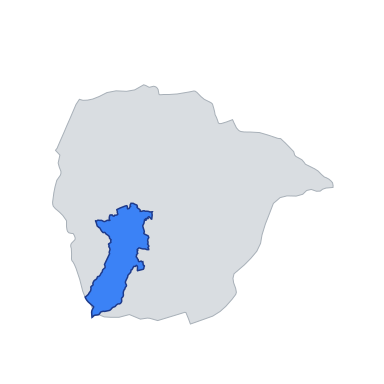 Mashonaland East on a map of Zimbabwe (orthographic projection), rotated 161°
{"feature_id": "ZWE-528", "entity_name": "Mashonaland East", "entity_type": "Province", "adm_level": 1, "iso_a3": "ZWE", "parent_name": "Zimbabwe", "parent_adm1": "", "projection": "orthographic", "projection_center": [31.478, -17.977], "detail": "fine", "context": "in_parent", "style": "filled", "palette": "blue", "viewbox_px": 384, "rotation_deg": 161, "n_neighbors": 0, "source": "natural_earth", "source_scale": "10m", "svg_char_len": 7981}
<svg xmlns="http://www.w3.org/2000/svg" viewBox="0 0 384 384"><g transform="rotate(161 192 192)"><path d="M268.3,316.3L265.3,314.2L261.0,312.9L255.7,312.2L248.7,312.5L240.1,313.7L230.9,312.4L221.1,308.5L212.9,307.2L203.2,309.0L202.8,309.1L201.1,307.8L198.4,304.9L193.9,304.5L192.7,303.8L191.7,302.8L191.0,301.4L190.7,299.9L191.4,295.2L191.0,294.6L189.8,294.1L187.3,293.5L181.4,291.5L174.0,289.5L162.0,287.5L157.3,286.9L156.2,286.3L154.9,284.5L152.4,279.2L150.2,275.6L144.9,270.2L144.0,268.5L144.2,264.1L144.5,260.5L145.0,257.5L144.6,254.7L144.5,251.2L144.6,248.8L143.9,247.8L142.0,247.2L136.6,247.0L130.1,247.2L129.8,243.7L129.1,238.2L127.8,235.0L126.3,233.4L123.2,231.8L117.1,229.6L108.8,226.2L101.6,221.1L93.3,214.7L90.8,213.6L87.6,207.5L82.7,197.1L82.9,193.5L82.2,191.8L77.6,186.7L76.5,184.0L75.7,181.3L68.4,173.9L65.9,170.7L63.9,166.4L62.0,163.1L60.4,161.8L58.3,159.5L56.8,156.9L56.1,154.9L56.5,152.2L57.2,150.4L64.0,152.1L67.6,152.1L70.5,151.1L74.1,152.2L78.4,155.6L83.1,156.1L88.0,153.8L94.8,154.2L103.4,157.4L110.5,158.0L118.8,154.7L126.1,146.0L133.0,137.9L139.8,128.6L143.9,121.1L150.0,114.9L158.0,110.1L166.3,106.0L178.9,101.0L181.4,97.0L182.2,92.6L182.1,86.6L182.7,82.7L184.0,80.9L186.1,79.5L188.9,77.6L197.2,72.9L204.3,69.9L212.8,67.9L222.2,67.8L231.3,67.7L236.5,67.7L236.6,73.5L237.0,80.0L238.0,80.6L244.8,80.8L255.7,81.2L266.3,81.6L273.0,86.3L275.2,87.3L282.2,88.6L291.1,96.5L301.8,97.3L309.2,99.8L315.7,102.5L319.4,105.8L321.8,106.6L325.1,106.8L326.7,107.1L326.3,109.5L324.1,113.4L324.3,119.1L327.3,127.0L327.6,133.9L326.6,145.9L326.5,157.6L326.8,161.8L327.3,164.6L327.9,166.1L327.8,167.8L326.0,172.7L324.5,177.9L324.4,179.9L323.9,181.4L322.8,182.7L318.2,185.0L317.4,186.5L317.4,189.1L317.9,191.4L319.7,192.2L321.7,193.5L322.5,195.2L322.5,197.0L321.9,200.2L320.0,205.7L321.8,211.9L323.8,216.0L326.6,220.7L327.8,223.6L327.7,225.6L327.2,227.6L322.9,236.2L319.8,241.5L316.0,247.1L311.0,250.7L309.8,252.4L309.2,254.3L309.4,258.6L309.1,263.0L304.9,269.9L307.5,275.8L306.9,276.3L305.4,277.2L299.4,283.8L293.2,290.5L288.8,295.4L283.7,300.9L278.0,307.2L273.2,312.5L268.3,316.3Z" fill="#d9dde1" stroke="#a8b0b8" stroke-width="1"/><path d="M319.0,107.0L319.3,106.8L319.8,106.6L320.4,106.5L321.5,106.6L323.6,107.1L324.7,107.1L325.3,107.0L326.4,106.3L327.0,106.1L327.4,106.0L326.1,110.9L325.5,112.1L324.9,112.9L322.4,115.3L322.4,115.6L325.9,121.8L326.7,123.9L327.2,126.2L327.2,127.5L326.3,127.7L323.7,128.8L323.3,129.0L322.5,129.8L320.1,131.5L319.8,131.9L318.8,133.9L318.7,134.8L318.5,135.2L318.0,135.5L317.5,135.8L317.1,135.8L316.1,136.3L315.8,136.4L315.7,136.6L315.6,136.8L315.5,137.7L315.4,138.1L313.9,139.7L313.2,140.1L312.6,140.3L312.1,140.5L311.5,140.5L310.2,141.1L310.0,141.3L309.6,141.9L309.1,142.5L308.8,142.7L308.5,142.7L308.1,142.6L307.7,142.5L307.4,142.6L307.0,142.7L306.3,143.0L305.8,143.4L304.4,144.8L303.2,145.5L302.9,145.7L302.6,146.2L302.2,146.9L302.0,147.2L301.8,147.4L301.6,147.6L300.8,147.9L300.1,148.3L299.1,148.6L298.8,148.9L298.6,149.3L298.3,150.7L298.3,151.2L298.4,151.8L298.2,152.1L290.0,160.5L290.0,161.0L290.0,161.6L289.9,162.0L289.6,162.5L288.3,164.2L288.3,164.4L288.2,164.7L288.1,165.9L288.2,166.5L288.4,167.0L288.4,167.4L287.9,168.4L287.8,168.8L287.9,169.5L287.9,169.9L287.6,170.1L287.3,170.2L285.7,170.6L285.4,170.7L285.1,170.8L285.0,171.1L284.9,171.9L284.7,172.5L284.3,172.9L284.1,173.1L284.2,173.4L284.6,174.0L284.7,174.6L285.0,175.3L285.0,175.5L284.7,176.4L284.7,176.7L284.9,177.0L285.0,177.6L285.4,178.1L285.8,178.9L286.3,179.4L287.0,180.4L287.4,181.8L287.6,182.1L288.1,182.4L288.7,182.4L289.1,182.5L289.4,182.7L289.5,182.9L290.3,184.8L290.9,188.0L291.0,188.2L291.2,188.5L291.7,188.8L291.8,188.9L291.9,189.5L292.4,190.1L292.7,190.7L292.7,191.1L292.6,192.6L292.6,193.3L292.5,194.0L292.5,194.5L292.7,195.4L292.5,196.1L292.2,195.9L291.6,195.7L291.4,195.7L290.8,195.9L290.4,196.0L289.7,195.8L288.3,195.1L287.1,194.8L286.5,194.4L285.2,193.0L284.7,192.7L284.2,192.5L283.5,192.5L281.8,192.8L281.2,192.8L280.0,192.2L279.3,192.0L278.9,192.0L278.9,192.3L279.1,192.6L279.2,192.9L279.2,193.1L278.9,193.6L278.7,194.4L278.2,195.4L277.9,195.9L277.7,196.2L277.0,196.9L276.8,196.9L276.6,196.9L276.3,196.7L275.9,196.5L275.5,196.5L275.2,196.5L275.0,196.4L274.9,196.2L274.9,195.8L274.8,195.5L274.1,194.8L273.6,194.6L273.4,194.6L273.0,195.0L272.8,195.2L272.6,195.2L272.4,195.2L271.7,194.9L271.3,194.8L270.9,194.8L270.0,194.8L269.6,195.0L269.4,195.2L269.4,195.4L269.3,195.6L269.3,197.1L268.9,197.9L268.9,199.7L268.5,199.9L265.1,200.3L259.7,200.5L258.1,200.3L258.0,200.1L258.0,199.9L257.9,199.5L258.0,199.0L258.1,198.6L258.2,198.2L258.3,197.8L258.4,197.6L258.4,197.1L258.2,197.0L256.9,196.9L256.6,197.0L256.4,197.2L256.0,197.7L255.8,198.0L255.5,198.2L254.8,198.3L254.7,198.4L254.7,198.7L254.9,199.1L254.8,199.8L253.3,201.2L252.4,200.8L251.4,200.5L251.0,200.1L250.4,199.4L249.8,198.8L249.2,198.3L248.4,197.6L248.4,197.4L248.4,197.1L248.3,196.7L248.5,195.9L248.9,195.7L248.9,195.4L248.7,194.8L248.6,194.5L247.7,193.4L247.0,192.1L246.9,191.8L246.9,191.6L246.9,191.4L247.3,190.8L247.3,190.6L247.1,190.6L246.3,190.2L245.6,190.1L244.6,190.1L243.5,189.9L243.3,189.8L242.6,189.1L242.1,188.9L241.4,188.7L239.9,188.1L239.0,187.5L238.4,186.9L237.8,186.7L236.0,186.2L236.6,185.6L236.8,185.0L237.1,183.3L237.2,183.0L238.7,179.9L238.9,179.5L239.1,179.5L239.3,179.6L239.8,181.0L240.1,181.4L240.7,182.7L240.8,182.7L241.1,182.7L241.8,182.4L242.1,182.3L242.2,182.1L242.1,181.4L242.1,181.2L243.2,181.4L243.6,181.8L243.8,181.9L244.1,181.9L244.4,181.8L244.6,181.6L244.5,180.9L244.4,180.7L244.5,180.4L244.8,180.4L245.6,180.6L245.8,180.6L246.0,181.0L246.1,180.8L247.7,178.0L249.2,176.5L249.5,176.2L249.6,175.9L249.7,175.5L249.9,170.4L250.0,170.1L250.1,169.7L250.8,169.0L251.0,168.8L251.0,168.6L250.8,168.0L250.6,167.7L249.6,166.7L248.2,165.3L247.8,164.9L247.7,164.5L247.7,163.3L247.7,163.0L247.8,162.8L247.9,162.7L248.4,162.4L248.7,162.2L249.0,161.8L249.6,160.8L249.8,160.4L249.9,160.0L249.8,159.7L249.8,159.4L250.1,158.3L250.3,158.0L250.4,157.7L250.9,157.4L251.0,157.2L250.5,155.8L250.4,155.3L250.5,154.8L250.7,154.4L251.5,154.1L251.7,153.9L251.7,153.7L251.8,153.5L251.5,152.7L251.5,152.4L251.6,151.9L251.7,151.6L251.8,151.6L253.2,152.1L253.8,152.5L254.8,153.4L255.5,153.7L255.9,153.8L257.2,154.3L259.0,155.5L259.8,156.2L260.1,156.3L260.3,156.4L260.7,156.3L261.2,156.0L261.8,155.9L262.0,155.8L262.6,155.3L262.7,155.2L262.4,154.8L262.3,154.7L262.4,154.2L262.9,154.0L263.2,153.6L263.4,152.8L263.4,152.4L263.2,151.8L263.3,151.6L264.5,151.0L264.8,150.8L265.0,150.6L265.1,150.2L265.1,149.9L265.3,149.7L265.6,149.3L265.8,149.1L265.8,148.9L265.8,148.6L265.5,147.9L265.4,147.6L265.3,147.2L265.3,146.6L265.2,146.3L265.0,145.9L264.9,145.6L264.9,145.4L265.1,144.8L265.1,144.4L265.1,144.0L264.9,143.6L264.8,143.4L264.4,143.3L263.3,143.3L262.6,143.2L262.4,143.1L262.2,142.9L262.1,142.3L262.0,142.2L261.8,142.1L261.2,142.1L261.8,139.0L261.7,138.4L261.3,138.2L261.1,137.8L261.1,137.5L261.8,136.7L262.4,135.5L262.9,135.0L263.3,134.8L268.9,135.3L269.1,135.3L269.2,135.6L269.1,135.8L267.9,138.9L267.9,139.3L267.9,139.7L268.0,140.1L268.2,140.4L268.4,140.7L268.8,140.7L269.5,140.2L269.9,140.1L271.2,140.6L271.5,140.4L271.9,140.1L273.8,138.3L274.1,138.1L274.4,138.1L274.8,138.2L275.0,137.9L275.3,137.6L275.6,136.9L276.2,136.0L279.4,134.3L280.0,133.7L280.1,133.4L280.6,132.5L283.6,129.5L284.2,128.7L284.5,127.9L284.5,126.9L284.4,126.3L284.3,125.6L284.4,124.9L284.7,124.4L285.1,124.1L286.0,123.6L286.4,123.2L286.9,122.4L287.1,122.1L287.3,122.0L288.0,121.6L288.5,121.1L289.0,120.5L289.8,119.1L289.9,118.8L290.2,117.6L290.4,116.9L290.7,116.3L291.2,115.7L291.7,115.3L292.9,114.7L293.2,114.4L293.4,114.0L293.8,112.3L294.0,111.7L294.3,111.2L294.7,110.8L295.7,110.1L296.3,109.9L296.8,109.8L297.1,109.9L297.7,110.1L298.0,110.2L298.8,110.2L299.6,110.0L300.4,109.7L301.1,109.3L301.6,108.9L302.0,108.8L302.3,108.7L303.8,108.7L304.3,108.7L305.2,108.4L306.9,107.4L307.8,107.0L308.7,106.9L313.4,107.5L314.7,108.1L316.7,108.3L317.3,108.2L317.9,107.9L319.0,107.0Z" fill="#3b82f6" stroke="#1e3a8a" stroke-width="1.5"/></g></svg>